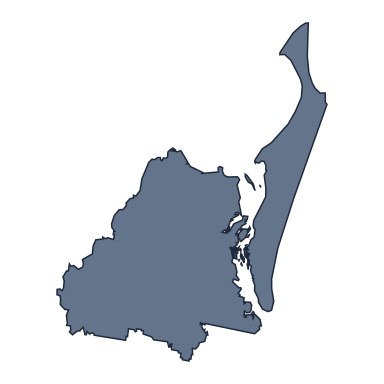 Fraser Coast, Queensland, Australia
{"feature_id": "25037944B97488266373518", "entity_name": "Fraser Coast", "entity_type": "district", "adm_level": 2, "iso_a3": "AUS", "parent_name": "Australia", "parent_adm1": "Queensland", "projection": "equal_earth", "projection_center": [152.962, -25.342], "detail": "fine", "context": "isolated", "style": "filled", "palette": "slate", "viewbox_px": 384, "rotation_deg": 0, "n_neighbors": 0, "source": "geoboundaries", "source_scale": "gbopen_adm2", "svg_char_len": 6102}
<svg xmlns="http://www.w3.org/2000/svg" viewBox="0 0 384 384"><path d="M114.2,215.7L111.6,223.8L111.9,227.6L114.7,231.3L113.7,231.1L113.2,234.7L114.3,234.9L113.5,239.5L107.5,237.7L105.7,238.8L102.7,237.1L102.9,239.0L95.8,239.8L93.1,246.2L92.4,253.9L82.5,259.5L83.4,264.0L82.7,267.0L78.5,269.4L73.7,265.5L71.0,266.3L69.4,263.9L68.2,271.1L66.5,271.0L63.0,276.9L64.2,281.1L63.5,288.4L61.8,290.7L60.2,289.0L57.1,289.4L57.0,294.7L59.9,295.8L60.6,298.6L60.3,304.6L65.0,309.5L68.5,309.8L66.4,315.4L67.3,323.3L66.5,325.4L70.5,325.9L70.7,330.0L69.4,331.9L72.5,334.8L77.6,330.9L79.7,331.0L83.1,327.2L85.0,334.7L86.4,334.7L87.0,331.4L89.6,334.1L92.2,332.8L94.0,333.6L94.1,335.2L125.6,340.3L126.1,336.3L127.5,336.7L128.5,328.8L134.3,329.8L135.4,331.8L136.5,331.2L136.5,328.8L141.4,329.5L141.3,330.7L143.5,331.1L143.2,334.0L151.5,336.8L153.7,339.8L167.5,341.8L168.8,347.1L170.0,346.9L170.3,343.9L172.0,344.2L171.1,345.9L171.7,349.7L178.3,350.9L178.4,352.8L181.0,353.3L180.4,357.6L182.5,358.0L182.3,359.7L189.0,361.0L189.2,358.9L190.9,359.1L191.5,354.5L192.7,354.7L192.3,348.4L195.5,349.0L198.5,345.7L199.3,342.8L204.8,341.4L206.3,335.4L207.9,335.0L207.1,331.7L205.6,333.2L204.5,331.3L204.8,329.4L203.3,329.9L201.4,326.0L202.6,324.5L200.1,324.2L200.5,322.7L204.8,324.8L204.7,323.4L254.6,333.7L259.6,329.4L259.3,326.3L261.4,325.9L260.0,319.3L253.8,313.2L254.1,314.4L252.8,314.9L253.9,316.3L253.1,318.7L252.1,314.8L245.5,315.0L246.4,317.1L244.8,317.4L244.0,316.2L244.6,311.1L246.7,312.7L249.5,312.5L250.9,310.7L251.7,305.0L250.3,302.6L251.1,302.4L243.9,301.8L245.0,303.2L244.0,303.9L243.6,301.8L244.1,297.7L239.2,296.2L240.1,294.9L238.2,293.4L241.2,289.2L240.8,287.8L238.9,287.7L232.5,281.8L233.6,279.2L238.4,280.6L239.0,279.5L236.1,275.1L237.0,272.2L235.3,264.6L231.9,262.4L232.8,257.6L231.6,251.9L231.7,251.4L232.3,250.5L232.5,249.8L231.0,249.9L230.9,248.0L229.3,247.7L231.1,247.3L232.0,248.5L237.3,244.6L236.3,242.6L238.3,242.7L238.7,241.5L237.4,234.0L236.0,235.0L236.1,233.4L242.0,225.8L245.9,223.6L245.0,221.1L246.3,221.1L245.6,219.8L247.1,219.6L247.8,216.4L243.5,215.9L242.3,220.1L233.9,223.8L229.8,230.8L226.7,233.3L221.9,232.2L224.4,230.1L227.1,229.8L231.2,218.9L238.4,215.2L238.2,214.2L234.8,214.6L236.1,212.5L238.6,212.5L241.6,215.6L238.7,201.8L240.3,197.9L237.1,185.0L239.6,179.6L237.5,176.8L228.0,177.0L224.2,175.3L222.4,171.3L222.6,167.6L219.9,166.5L218.1,167.6L218.4,172.0L202.0,173.4L202.7,172.5L190.5,166.6L188.0,163.0L187.3,164.0L186.7,164.0L187.7,162.2L180.9,150.7L177.1,151.8L169.8,150.3L167.9,152.0L167.6,156.9L165.9,158.3L163.5,157.9L162.0,160.7L160.7,159.9L160.4,157.5L157.4,157.6L155.0,159.6L151.9,159.2L148.7,162.5L141.9,178.9L140.1,190.4L135.9,196.1L133.4,195.2L133.6,197.8L130.0,198.7L126.1,203.0L126.3,205.5L123.2,209.5L119.1,209.7L114.2,215.7ZM265.9,188.2L265.7,196.9L253.7,220.5L253.2,225.5L254.1,228.7L254.7,228.8L255.1,229.7L254.2,236.9L251.0,239.7L248.7,245.8L246.8,247.3L248.4,249.7L246.6,249.8L246.6,253.5L246.9,253.2L246.8,252.5L247.0,252.2L248.3,253.0L247.2,253.7L247.0,252.4L247.0,253.1L246.2,255.0L245.1,256.2L247.1,258.5L247.1,255.9L247.8,257.1L248.3,254.3L248.4,254.5L249.0,253.9L249.4,253.8L247.6,258.8L249.4,259.9L249.0,263.6L251.4,266.4L250.5,270.5L252.4,276.2L252.5,275.9L253.0,275.7L252.5,278.4L253.8,278.8L252.9,280.0L254.8,285.4L254.5,290.7L258.4,298.6L258.5,302.4L262.6,309.2L268.1,311.6L271.5,310.3L273.8,301.3L271.7,288.8L271.6,279.1L277.8,248.2L293.8,198.1L327.0,104.3L325.4,102.5L325.2,93.0L320.1,93.1L315.2,88.4L312.3,83.3L308.9,72.8L307.3,56.3L308.3,23.0L305.6,23.1L300.6,26.2L293.3,32.8L280.1,52.3L279.8,54.7L284.7,54.5L290.9,60.2L300.4,78.8L302.3,86.0L301.3,97.6L295.5,111.2L288.2,124.0L271.4,142.7L262.2,148.9L255.1,159.8L254.7,162.1L255.5,163.1L255.6,162.0L258.8,163.2L261.5,161.1L263.9,161.2L266.0,165.5L265.7,170.1L266.7,170.6L264.2,175.2L265.9,188.2ZM238.4,237.6L241.0,241.5L245.6,237.4L247.7,232.5L247.0,229.1L243.3,229.0L238.6,233.7L238.4,237.6ZM253.3,184.1L247.1,175.5L245.2,174.2L245.4,177.2L248.4,182.2L252.0,184.1L255.1,190.7L253.3,184.1ZM245.8,255.1L246.5,253.4L246.3,248.6L245.8,249.6L244.2,250.2L244.6,254.9L245.3,255.4L245.3,254.2L245.7,253.9L245.8,255.1ZM234.5,255.2L235.1,258.5L236.8,259.2L236.6,254.3L234.5,255.2ZM247.1,264.2L248.3,269.6L248.8,264.2L247.1,264.2ZM170.9,149.4L174.5,150.8L175.5,150.0L173.0,148.0L170.9,149.4ZM248.8,231.5L250.5,228.9L249.6,226.8L248.3,229.5L248.8,231.5ZM244.2,262.9L244.2,258.4L242.8,256.4L242.5,259.7L244.2,262.9ZM234.7,251.9L235.1,253.1L237.5,252.5L236.5,249.5L234.7,251.9ZM241.5,259.4L242.2,255.2L240.9,253.2L240.4,256.0L241.5,259.4ZM247.8,259.6L247.8,263.4L249.1,261.0L247.8,259.6ZM233.7,250.0L231.7,252.1L233.6,253.5L233.7,250.0ZM239.2,246.8L237.2,248.6L238.1,250.4L239.2,246.8ZM236.4,246.9L234.1,249.2L235.7,248.9L236.4,246.9ZM249.8,233.9L247.1,237.2L248.3,237.1L249.8,233.9ZM242.5,266.3L241.3,263.0L240.9,263.7L241.1,264.4L242.5,266.3ZM246.5,246.4L244.9,248.7L244.6,249.7L245.8,249.5L246.5,246.4ZM232.1,218.9L231.4,220.9L233.1,219.9L232.1,218.9ZM228.3,230.4L229.4,228.5L229.6,226.0L228.6,227.7L228.3,230.4ZM240.9,251.1L241.0,249.3L240.4,248.7L239.7,250.2L240.9,251.1ZM253.0,311.6L251.8,313.2L253.9,312.7L253.6,312.0L253.0,311.6ZM224.5,230.4L226.0,231.3L226.5,230.5L224.5,230.4ZM234.2,249.7L234.4,251.4L235.5,249.5L234.2,249.7ZM226.4,231.5L227.9,230.7L228.2,229.2L226.7,230.6L226.4,231.5ZM247.7,244.5L245.6,245.2L245.0,246.0L247.7,244.5ZM231.8,249.0L232.7,249.5L233.3,248.4L231.8,249.0ZM240.1,230.8L241.2,230.0L241.6,229.0L241.0,229.4L240.1,230.8ZM239.1,259.6L239.4,260.7L239.5,258.9L239.1,259.6ZM259.6,184.8L260.1,186.2L261.0,187.5L259.6,184.8ZM232.4,254.9L232.8,255.6L232.8,253.7L232.4,254.9ZM244.2,248.9L244.8,248.8L244.7,248.2L244.2,248.9ZM232.9,253.7L233.3,254.7L233.4,253.6L232.9,253.7ZM233.6,249.8L233.3,249.1L232.7,249.9L233.6,249.8ZM234.1,256.4L233.8,257.5L233.9,258.1L234.3,257.8L234.1,256.4ZM239.0,261.6L238.9,260.5L238.7,260.5L239.0,261.6ZM246.7,249.0L247.4,249.2L246.6,248.3L246.7,249.0ZM233.1,256.3L233.5,257.7L233.3,255.9L233.1,256.3ZM233.7,252.5L234.0,252.7L233.9,252.0L233.7,252.5ZM237.6,253.1L237.4,252.8L236.7,253.3L237.6,253.1Z" fill="#64748b" stroke="#1e293b" stroke-width="1.5"/></svg>